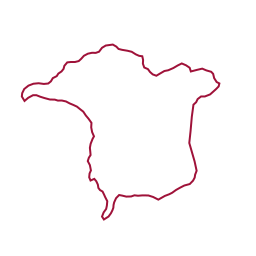 Artur Nogueira, São Paulo, Brazil, rotated 259°
{"feature_id": "56859067B43378386004109", "entity_name": "Artur Nogueira", "entity_type": "district", "adm_level": 2, "iso_a3": "BRA", "parent_name": "Brazil", "parent_adm1": "São Paulo", "projection": "equal_earth", "projection_center": [-47.129, -22.556], "detail": "fine", "context": "isolated", "style": "outline", "palette": "rose", "viewbox_px": 256, "rotation_deg": 259, "n_neighbors": 0, "source": "geoboundaries", "source_scale": "gbopen_adm2", "svg_char_len": 1844}
<svg xmlns="http://www.w3.org/2000/svg" viewBox="0 0 256 256"><g transform="rotate(259 128 128)"><path d="M202.1,146.2L203.9,142.3L205.9,137.0L207.4,133.8L210.1,132.1L212.8,129.0L213.2,121.9L211.7,117.8L208.4,114.1L207.9,110.7L208.7,107.0L208.6,102.8L207.3,98.5L204.8,95.2L203.1,92.4L202.9,88.5L203.7,84.4L204.0,80.9L201.2,77.4L198.3,76.0L196.2,73.5L194.7,70.0L192.5,67.9L191.3,63.7L188.5,61.2L186.9,58.2L187.3,53.8L189.0,48.8L189.5,43.6L188.6,38.4L186.1,33.6L182.4,30.8L179.2,29.8L174.3,31.6L176.7,35.8L178.3,41.0L177.7,44.3L175.4,47.9L173.4,51.6L170.9,56.7L169.8,61.6L168.3,64.4L167.6,68.3L165.9,72.2L163.3,75.4L161.1,78.7L158.7,82.0L155.8,84.4L152.6,87.2L148.3,89.0L144.5,91.1L140.0,93.1L135.6,92.0L130.8,92.0L126.3,93.0L124.0,91.1L119.6,88.3L115.8,86.8L111.4,86.4L108.6,86.1L106.3,83.9L103.2,82.2L98.8,83.5L93.4,83.5L90.7,81.6L87.0,80.5L83.6,81.2L84.5,85.2L81.8,86.7L78.2,87.6L74.8,87.5L72.4,88.7L70.5,90.9L67.2,91.8L64.6,92.4L60.1,93.7L55.7,92.4L52.7,91.1L49.8,88.0L46.0,85.6L42.8,86.9L44.8,92.0L47.6,95.0L50.2,97.0L52.5,98.4L55.1,99.1L57.6,100.2L61.4,102.9L63.9,106.5L62.7,109.5L61.0,113.2L60.2,118.0L60.7,121.5L59.6,124.9L59.1,129.3L57.9,135.1L55.5,139.5L51.9,144.1L54.3,151.2L55.1,155.8L56.0,159.0L58.0,163.3L59.5,167.8L60.8,172.3L61.2,177.9L63.9,181.8L66.6,184.0L69.4,185.0L72.9,187.2L82.5,187.0L101.6,185.3L113.3,188.9L126.9,192.8L138.4,196.7L140.3,199.8L143.1,201.9L145.0,205.7L144.3,209.5L145.3,215.0L147.2,218.2L149.3,221.7L151.5,224.9L154.3,226.2L156.2,223.8L160.5,222.1L164.9,221.9L167.3,220.4L169.6,215.9L172.1,212.2L171.9,206.9L171.5,200.5L175.4,200.0L178.5,196.9L181.1,193.1L179.9,188.7L178.2,183.9L177.0,178.5L177.0,174.6L175.3,169.7L173.9,165.8L175.9,162.5L178.8,160.3L182.0,158.8L184.3,155.5L188.3,154.9L191.9,155.8L195.7,155.7L196.7,152.7L198.8,149.7L202.1,146.2Z" fill="none" stroke="#9f1239" stroke-width="2"/></g></svg>